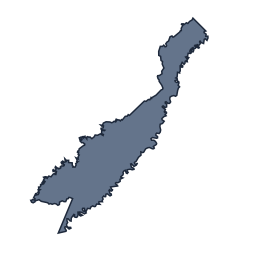 outline of San José Del Guaviare, Guaviare, Colombia, rotated 135°
{"feature_id": "7082276B34884302801431", "entity_name": "San José Del Guaviare", "entity_type": "district", "adm_level": 2, "iso_a3": "COL", "parent_name": "Colombia", "parent_adm1": "Guaviare", "projection": "albers", "projection_center": [-71.872, 2.469], "detail": "fine", "context": "isolated", "style": "filled", "palette": "slate", "viewbox_px": 256, "rotation_deg": 135, "n_neighbors": 0, "source": "geoboundaries", "source_scale": "gbopen_adm2", "svg_char_len": 5911}
<svg xmlns="http://www.w3.org/2000/svg" viewBox="0 0 256 256"><g transform="rotate(135 128 128)"><path d="M206.5,95.6L204.0,96.4L201.8,93.9L201.7,95.6L200.6,96.4L198.2,93.9L197.7,94.9L195.9,95.3L195.2,96.9L193.3,97.1L192.9,95.6L192.3,95.3L190.4,96.8L189.2,96.1L188.7,92.7L187.2,92.3L186.5,93.2L187.0,94.6L185.6,97.3L184.7,97.4L184.6,95.3L183.3,94.9L182.6,95.3L182.9,96.4L182.0,98.6L176.3,94.3L176.0,94.8L176.3,97.3L175.8,97.9L174.9,97.8L174.0,96.5L171.9,95.9L171.1,95.9L170.0,97.4L167.0,96.4L167.9,98.0L167.6,98.6L164.8,98.4L163.5,99.1L163.0,100.1L161.6,100.5L159.9,100.1L161.1,97.3L160.8,96.4L159.3,96.5L159.1,98.1L158.1,99.1L155.6,97.3L154.6,95.5L153.0,94.5L152.5,95.2L153.3,97.9L151.6,100.7L150.9,100.4L150.9,96.6L148.4,95.9L146.0,96.5L148.2,96.6L148.5,97.7L147.8,99.1L145.7,98.7L141.3,99.9L138.0,99.6L135.8,102.0L135.0,100.2L134.0,99.8L130.3,100.8L127.9,100.0L126.5,98.9L125.5,96.1L124.6,95.2L123.6,95.2L123.1,97.0L119.6,96.3L118.6,96.9L118.1,99.1L118.3,101.0L120.0,102.7L119.3,104.2L117.5,104.0L115.0,100.5L114.1,100.1L113.1,101.1L113.5,103.1L112.5,104.0L111.3,104.1L109.9,102.1L108.1,102.3L106.3,103.5L104.5,106.4L102.6,107.9L100.4,106.8L97.6,107.2L98.1,109.7L97.4,110.7L94.7,110.7L92.4,109.7L92.3,111.2L90.2,111.3L89.7,111.9L89.8,112.7L91.0,113.0L90.9,113.8L88.5,114.6L89.0,118.4L88.5,119.0L87.5,118.8L87.2,116.2L85.8,115.6L83.8,117.5L84.1,119.2L83.3,120.0L82.5,119.7L82.2,117.0L81.2,116.0L79.4,116.3L78.1,118.9L76.5,120.1L74.8,119.8L72.7,118.6L71.9,116.8L70.4,116.6L66.4,119.4L64.1,120.6L62.4,120.6L62.3,122.8L60.1,123.8L59.4,124.9L59.7,125.9L60.6,125.2L61.4,125.8L61.8,127.4L61.2,128.3L59.1,127.1L58.3,128.2L58.8,129.6L57.2,129.3L53.6,132.4L52.6,130.4L51.9,131.2L50.7,131.4L47.5,134.8L46.9,132.7L46.1,132.5L45.1,133.6L46.3,134.4L46.4,135.0L43.3,136.1L43.2,133.4L42.0,133.5L40.4,134.7L39.1,134.4L39.6,133.4L39.2,132.9L38.4,134.2L35.2,134.8L35.5,135.5L37.3,135.6L37.1,137.5L35.2,136.6L32.6,138.3L31.1,136.5L30.3,136.4L29.8,136.8L30.3,137.7L30.1,138.6L28.2,139.3L28.0,138.5L29.1,137.0L28.2,135.8L26.8,136.3L26.5,139.2L25.1,138.9L25.6,137.2L23.9,136.7L22.9,137.3L22.8,139.0L21.9,139.1L21.6,138.2L22.4,136.5L21.5,134.4L20.5,134.7L21.2,137.3L20.9,138.0L20.1,138.1L19.8,136.8L19.0,136.3L16.5,136.7L16.6,138.2L16.0,138.6L15.5,138.3L15.9,137.0L14.8,134.3L11.4,136.8L10.3,136.5L10.2,134.1L7.8,135.1L6.6,136.4L8.1,137.9L6.4,139.1L6.8,141.6L5.8,142.4L4.4,141.6L4.4,159.8L6.3,159.1L9.1,159.8L11.8,159.6L12.3,161.1L15.2,161.5L15.2,162.6L16.5,163.7L16.9,163.5L16.7,161.8L19.8,160.9L21.4,159.2L22.2,159.7L23.7,159.3L31.0,160.0L32.0,160.4L31.8,162.0L33.7,162.8L37.9,160.8L39.3,161.2L41.7,160.9L42.4,159.0L43.3,158.6L44.4,159.2L44.1,161.3L45.9,161.3L47.4,162.9L52.1,160.5L54.9,157.6L54.3,155.6L56.9,152.4L56.6,150.6L58.6,149.0L60.2,145.0L64.0,144.3L65.6,142.3L68.7,142.9L70.0,144.0L70.8,143.6L71.9,141.6L72.0,140.0L73.0,139.0L73.9,134.3L75.1,131.5L76.2,130.9L77.8,131.5L85.0,131.4L89.6,132.6L90.1,133.2L90.5,132.2L91.7,132.9L92.6,132.5L93.5,133.8L96.3,134.0L97.4,135.5L118.1,135.9L118.4,137.3L120.1,136.9L121.7,138.2L126.4,137.7L126.7,138.6L128.4,138.4L128.6,140.1L129.3,140.6L130.1,142.6L131.1,142.2L130.2,141.5L132.4,141.0L133.1,142.6L134.9,142.8L136.0,143.5L136.5,145.0L139.1,147.9L141.9,148.9L143.5,148.3L143.8,147.5L145.2,149.4L145.2,147.8L144.0,146.7L145.4,145.7L147.3,146.8L148.0,145.8L146.0,142.8L146.6,142.8L147.6,144.3L148.6,144.6L150.7,142.8L150.0,140.8L150.9,140.3L151.7,143.4L154.7,144.4L156.2,146.3L158.1,145.7L161.1,146.0L161.2,148.6L162.1,148.9L162.6,150.4L163.5,150.7L164.9,149.4L164.6,151.7L165.6,152.2L164.5,152.7L165.9,153.6L166.5,152.8L166.5,153.9L167.2,153.7L167.4,154.7L169.4,155.5L170.2,154.0L168.5,153.2L168.5,152.5L169.4,152.2L170.3,153.5L171.1,152.6L171.1,150.2L170.2,149.6L169.9,147.2L171.0,146.5L171.5,147.0L177.2,147.8L179.1,146.6L179.9,147.2L180.9,146.6L180.4,145.4L181.9,144.6L181.6,143.4L183.4,143.0L184.3,142.0L184.9,142.5L185.2,141.6L185.9,143.7L186.5,141.7L187.5,140.6L187.3,139.9L188.0,140.4L188.3,139.6L190.2,139.8L190.9,138.5L193.1,137.8L194.5,139.3L193.8,139.6L194.0,140.7L192.1,142.8L194.4,145.6L192.8,147.1L194.5,148.7L194.4,150.9L195.8,148.9L194.9,148.1L195.5,147.9L199.1,149.8L198.3,150.6L197.4,149.8L197.5,150.8L199.5,151.0L200.2,149.5L199.2,148.4L199.7,148.0L199.7,147.2L199.1,147.0L199.6,146.6L200.4,146.7L202.0,148.3L203.5,148.3L203.7,147.4L205.0,147.5L205.8,148.9L206.1,147.8L206.5,152.0L207.7,151.4L207.5,150.1L209.0,149.4L210.4,150.6L210.3,151.4L210.9,151.4L211.7,150.2L210.1,149.2L209.3,147.8L211.9,146.1L212.4,146.7L211.4,147.7L213.7,148.3L216.9,147.9L218.0,150.0L220.2,149.7L219.9,150.6L220.4,151.3L220.9,150.0L221.6,151.5L221.4,152.3L222.5,152.9L222.6,151.4L224.7,150.9L224.5,148.8L226.6,148.3L225.9,149.5L226.1,150.3L227.9,150.0L227.7,148.7L229.2,149.0L229.8,149.8L231.1,148.6L232.5,148.7L233.0,149.4L234.4,147.9L233.7,146.5L234.7,146.7L234.7,147.6L235.2,147.9L235.9,146.4L237.0,146.3L236.3,145.4L237.0,144.9L237.7,145.3L238.4,144.4L240.6,145.7L240.0,146.5L238.6,146.0L239.7,146.9L244.1,145.4L243.8,143.6L245.0,143.0L246.1,145.0L247.2,144.9L247.9,145.6L248.6,143.8L248.0,142.2L246.0,141.6L245.0,142.0L241.6,140.2L241.2,137.5L237.6,131.9L237.7,130.1L236.1,129.2L235.6,127.7L233.5,126.7L232.5,125.2L232.2,122.9L230.6,122.4L228.8,124.0L226.0,123.0L225.3,121.1L224.1,120.0L221.3,121.1L220.2,120.3L219.1,120.8L218.1,119.8L217.1,117.2L251.6,103.0L244.9,98.8L244.1,99.2L243.4,102.1L242.3,102.6L241.3,101.3L241.1,98.2L239.2,97.5L238.8,98.3L240.7,100.3L240.7,101.8L239.4,103.5L237.5,103.8L236.9,105.4L235.3,107.0L234.5,106.0L234.7,103.5L234.1,102.4L231.8,104.4L227.4,105.2L227.1,104.4L228.7,103.4L228.5,102.3L227.6,101.2L226.5,101.0L224.7,101.9L222.9,103.9L222.3,103.4L224.0,100.4L223.7,99.3L221.9,98.5L222.7,102.1L221.4,102.6L220.4,101.1L219.5,98.1L217.6,97.5L217.2,98.9L218.4,101.0L217.6,103.0L216.7,103.2L215.6,102.0L216.7,100.6L216.2,98.8L213.5,99.8L211.8,97.6L210.4,98.4L208.0,97.9L207.5,96.3L206.5,95.6Z" fill="#64748b" stroke="#1e293b" stroke-width="1.5"/></g></svg>